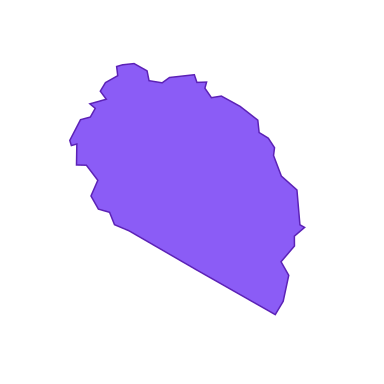 the district of Madison, Virginia, United States of America, rotated 160°
{"feature_id": "52423323B5475439623259", "entity_name": "Madison", "entity_type": "district", "adm_level": 2, "iso_a3": "USA", "parent_name": "United States of America", "parent_adm1": "Virginia", "projection": "equal_earth", "projection_center": [-78.275, 38.429], "detail": "fine", "context": "isolated", "style": "filled", "palette": "violet", "viewbox_px": 384, "rotation_deg": 160, "n_neighbors": 0, "source": "geoboundaries", "source_scale": "gbopen_adm2", "svg_char_len": 763}
<svg xmlns="http://www.w3.org/2000/svg" viewBox="0 0 384 384"><g transform="rotate(160 192 192)"><path d="M155.7,48.3L143.7,58.1L129.6,80.6L132.2,96.0L114.2,106.2L110.9,115.5L98.3,120.2L101.8,124.3L92.7,158.0L102.6,176.4L102.9,198.4L99.3,205.4L101.9,216.5L108.6,224.9L105.6,237.0L117.5,256.0L131.6,272.1L141.5,274.0L144.4,285.1L140.7,290.3L149.9,293.3L149.7,301.4L174.0,307.3L182.7,304.8L194.3,311.3L192.8,321.2L202.5,332.5L213.8,335.3L219.9,335.7L222.0,326.7L235.9,324.4L243.7,318.1L240.8,308.5L257.8,309.8L254.3,303.7L261.9,297.2L272.0,298.1L289.2,282.3L289.5,276.9L283.8,276.5L291.3,256.9L282.1,253.3L276.5,235.2L288.3,222.8L285.8,207.9L276.4,201.1L276.0,187.8L264.5,177.1L214.0,116.8L155.7,48.3Z" fill="#8b5cf6" stroke="#5b21b6" stroke-width="1.5"/></g></svg>